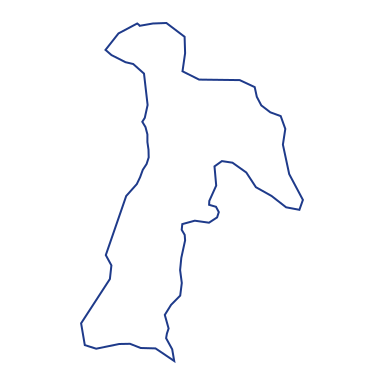 outline of Abia
{"feature_id": "NGA-2841", "entity_name": "Abia", "entity_type": "State", "adm_level": 1, "iso_a3": "NGA", "parent_name": "Nigeria", "parent_adm1": "", "projection": "albers", "projection_center": [7.526, 5.42], "detail": "fine", "context": "isolated", "style": "outline", "palette": "blue", "viewbox_px": 384, "rotation_deg": 0, "n_neighbors": 0, "source": "natural_earth", "source_scale": "10m", "svg_char_len": 1066}
<svg xmlns="http://www.w3.org/2000/svg" viewBox="0 0 384 384"><path d="M280.7,116.1L285.3,128.9L282.9,144.6L289.2,174.1L302.9,199.9L299.4,209.8L286.1,207.3L271.6,196.0L255.9,187.2L246.3,172.5L232.5,162.7L221.9,161.1L214.5,166.4L216.2,185.6L209.3,200.9L209.1,204.8L216.0,206.8L218.8,212.1L217.1,217.4L209.0,222.7L194.8,220.7L182.3,224.1L181.7,229.8L184.7,234.9L185.1,240.4L181.3,257.9L180.1,270.1L181.8,283.0L180.2,295.6L171.1,304.8L164.8,314.9L168.6,328.5L166.9,333.6L166.1,338.2L172.2,349.3L174.2,361.0L155.5,348.4L140.7,348.0L130.0,343.8L119.2,344.0L96.2,348.7L84.8,345.1L81.1,323.3L109.9,279.0L111.4,265.4L105.8,255.1L126.2,196.0L136.8,184.1L140.1,177.2L142.8,169.8L146.6,164.0L148.7,157.4L148.5,149.7L147.4,142.0L147.4,134.4L145.5,127.1L142.3,121.8L144.8,117.8L147.6,105.0L144.0,73.6L133.2,64.0L125.5,62.2L111.5,55.1L105.5,49.9L118.5,33.4L137.2,23.5L138.9,24.8L139.7,25.8L152.9,23.5L166.4,23.0L184.6,36.8L185.1,53.2L182.5,71.3L199.1,79.6L239.7,80.1L254.7,87.1L256.8,96.8L261.3,105.4L270.3,112.3L280.7,116.1Z" fill="none" stroke="#1e3a8a" stroke-width="2"/></svg>